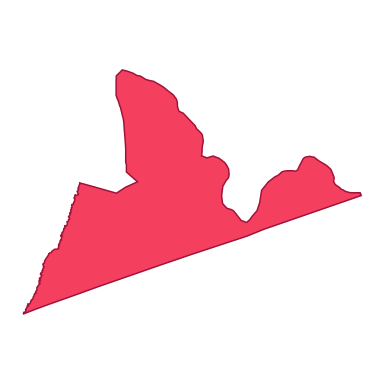 the district of Vubwi, Eastern, Zambia
{"feature_id": "96606910B99969900210710", "entity_name": "Vubwi", "entity_type": "district", "adm_level": 2, "iso_a3": "ZMB", "parent_name": "Zambia", "parent_adm1": "Eastern", "projection": "orthographic", "projection_center": [32.719, -13.993], "detail": "fine", "context": "isolated", "style": "filled", "palette": "rose", "viewbox_px": 384, "rotation_deg": 0, "n_neighbors": 0, "source": "geoboundaries", "source_scale": "gbopen_adm2", "svg_char_len": 5501}
<svg xmlns="http://www.w3.org/2000/svg" viewBox="0 0 384 384"><path d="M23.0,314.1L35.1,309.4L45.3,305.6L77.7,294.1L98.1,286.7L161.1,264.8L192.4,254.1L247.0,236.1L263.8,229.3L360.8,195.7L360.3,195.4L361.0,194.7L360.2,192.8L358.5,192.7L353.1,192.8L349.8,192.6L345.5,191.4L343.2,190.0L341.3,189.3L339.6,187.5L336.1,185.2L334.8,183.9L333.9,182.0L333.6,181.1L334.2,178.3L333.7,176.2L330.9,169.5L329.3,167.9L326.6,165.5L318.6,160.7L314.0,157.1L311.8,156.9L309.8,156.3L305.1,157.2L303.2,158.7L299.4,166.0L297.6,170.0L295.2,171.3L293.5,170.8L288.0,170.7L284.0,171.2L281.7,172.0L278.3,175.2L275.0,176.8L268.4,181.8L261.6,190.3L259.7,202.6L257.0,210.7L252.4,216.0L249.7,219.8L246.5,222.5L244.4,221.6L241.2,220.5L233.6,210.9L231.6,209.7L228.5,208.7L227.2,208.5L222.6,203.6L221.6,195.7L222.8,186.3L226.1,180.6L228.5,177.7L229.1,174.5L228.6,169.1L226.4,164.8L224.4,162.3L219.1,158.3L213.0,156.0L207.0,157.9L201.5,155.8L201.7,155.1L202.1,151.2L202.1,148.9L202.3,146.5L202.9,143.6L203.3,141.2L202.4,135.2L201.4,133.5L199.6,131.6L196.4,128.6L195.2,125.8L183.2,113.2L179.4,111.5L178.9,110.9L177.9,108.3L177.4,105.6L177.4,103.1L176.5,99.3L173.4,95.0L168.0,90.9L164.4,87.8L160.4,85.2L153.5,81.3L149.8,80.6L145.9,79.5L140.4,76.1L137.5,75.6L137.1,75.6L133.2,73.3L127.4,71.2L122.3,69.9L116.3,75.9L116.1,82.3L116.1,94.8L116.2,95.6L116.6,96.5L116.9,97.9L118.0,100.2L118.4,101.6L118.8,102.4L119.1,103.7L119.4,104.5L119.7,105.8L120.4,107.2L123.4,119.4L123.9,123.5L124.2,128.6L125.1,139.5L125.7,148.9L125.7,162.3L126.4,164.7L126.4,172.0L137.5,181.8L125.6,187.2L116.4,193.2L92.4,186.4L79.7,182.9L79.7,183.7L79.8,183.9L79.8,184.4L79.3,184.7L79.2,185.1L79.2,185.6L78.4,187.3L78.4,187.8L78.2,187.9L78.1,188.2L78.0,188.4L78.2,188.6L78.4,188.7L78.5,188.8L78.2,189.4L78.2,190.6L77.9,190.9L77.5,190.9L77.1,191.4L77.3,191.7L77.6,192.9L77.9,193.4L78.0,193.8L78.4,194.2L78.4,194.4L77.7,194.9L76.7,195.3L76.2,195.4L75.7,194.8L75.2,195.2L74.8,195.3L74.8,196.5L74.6,197.0L74.1,197.5L74.1,198.0L74.5,198.2L74.8,198.2L74.9,198.4L74.8,198.7L74.8,198.9L74.8,199.4L74.6,199.6L74.8,200.1L74.8,200.3L74.7,200.6L74.3,201.2L74.2,201.5L74.2,201.9L74.2,202.0L73.7,202.3L73.5,203.3L73.5,204.0L73.4,204.4L72.3,204.3L72.0,204.4L71.6,205.3L71.9,205.9L72.0,207.0L72.0,207.3L71.9,207.4L71.5,207.5L71.4,207.6L71.3,207.9L71.3,208.5L71.6,209.2L71.6,209.6L70.8,209.8L70.7,209.9L70.8,210.7L70.9,211.5L70.6,212.1L71.0,212.5L70.9,212.8L70.6,212.8L70.4,212.7L70.0,212.7L69.7,213.1L69.6,213.6L70.1,214.5L70.1,214.9L69.7,215.3L69.3,215.5L69.3,216.1L69.0,216.4L68.7,216.5L68.5,216.9L68.7,217.4L69.1,217.6L69.4,218.2L69.8,218.4L69.8,218.7L69.6,218.9L68.9,219.3L68.5,219.6L68.5,220.0L68.5,220.8L68.2,221.4L67.9,221.5L67.4,221.5L67.0,221.7L67.0,222.2L67.3,222.6L67.3,223.3L67.2,223.7L67.2,224.0L67.1,224.4L67.1,224.6L66.6,225.7L66.4,225.9L66.1,225.8L65.9,225.7L65.5,225.6L65.0,225.6L64.7,225.8L64.8,226.9L64.9,227.5L65.0,227.8L65.0,228.0L64.4,228.1L63.8,228.6L63.6,229.7L63.7,230.5L63.1,231.5L62.1,232.5L62.3,232.8L62.4,232.6L62.6,232.6L62.7,232.8L62.1,233.4L61.2,234.9L60.9,235.2L60.9,235.7L60.7,236.0L60.8,236.2L61.1,236.3L61.5,236.0L61.9,235.7L62.1,235.6L62.2,236.0L61.7,237.2L61.5,237.5L61.5,238.1L61.3,238.9L61.0,239.4L61.1,239.6L61.4,239.6L61.5,239.7L61.4,240.2L61.2,240.4L60.4,240.3L60.2,240.6L60.0,241.3L60.2,242.2L60.2,242.5L59.5,243.0L59.5,243.7L59.4,244.0L59.1,244.1L58.9,244.1L58.6,244.3L58.6,245.7L58.7,245.9L58.9,245.9L59.1,246.0L58.9,246.2L58.7,246.7L58.5,246.9L58.3,247.4L58.4,248.0L58.6,248.1L58.6,248.3L58.3,248.7L57.8,248.8L57.7,248.9L57.3,249.1L56.5,249.2L56.0,249.1L54.7,249.3L54.4,249.4L53.2,250.3L52.7,250.8L51.8,251.3L51.4,252.3L51.1,252.7L49.8,252.9L48.8,253.7L48.7,254.0L48.7,254.3L48.6,254.7L48.2,255.4L47.7,256.1L47.6,256.5L47.2,256.8L46.5,257.8L46.1,258.5L44.7,260.7L44.6,261.0L44.6,261.6L44.5,262.3L44.6,262.7L44.5,262.9L44.1,263.0L43.9,263.3L43.7,263.4L43.3,263.5L43.1,264.0L43.2,264.4L42.9,264.6L43.0,264.9L43.3,265.3L43.5,265.9L43.4,266.3L43.4,266.6L43.6,266.7L44.0,266.7L44.1,266.8L44.1,267.1L43.6,267.6L42.9,268.6L42.8,269.0L43.0,269.6L43.1,270.1L42.8,270.2L42.7,270.1L42.0,270.7L42.0,271.1L42.4,271.7L42.4,272.1L42.0,272.3L41.4,272.8L40.8,273.0L40.7,273.1L40.7,273.6L40.5,273.9L40.4,274.1L40.6,274.5L41.1,274.6L41.5,274.6L41.8,275.3L41.6,275.6L41.3,275.7L41.4,276.1L41.2,276.6L41.1,276.8L41.0,277.5L40.4,277.8L40.4,278.2L39.9,278.1L39.7,278.0L39.4,278.4L39.6,278.9L39.5,279.1L39.7,279.5L40.1,279.4L40.2,279.6L40.0,280.0L40.2,280.6L39.5,280.4L39.1,280.6L39.0,280.8L39.3,282.1L39.4,282.3L39.6,282.7L39.8,282.8L39.8,283.1L39.4,283.1L39.6,283.4L39.6,283.7L39.3,283.8L39.3,284.2L39.5,284.2L39.4,284.3L39.1,284.2L39.0,284.3L38.7,285.0L37.7,286.4L37.4,286.7L37.3,286.9L37.4,287.2L36.9,287.6L37.0,288.0L36.8,289.7L36.7,290.1L36.5,290.8L36.3,290.9L36.0,291.1L35.9,291.4L35.6,291.8L35.6,292.1L35.9,292.5L35.9,293.3L35.6,293.4L35.6,293.2L35.4,293.2L35.2,293.3L35.0,293.7L34.7,293.7L34.5,293.9L34.2,294.5L34.1,295.7L33.6,296.3L33.2,297.1L33.1,298.2L32.8,298.9L32.2,299.3L31.8,299.8L31.2,300.2L31.2,300.5L31.4,300.8L31.4,301.0L30.8,301.2L30.7,301.5L30.7,302.1L30.2,302.9L30.2,303.2L29.9,303.4L29.7,303.8L29.4,304.0L27.9,303.9L27.8,304.0L28.0,304.3L28.4,304.4L28.2,304.8L28.3,305.0L28.5,305.1L28.6,305.4L28.4,305.8L28.2,306.1L27.8,306.1L27.4,305.8L27.3,306.2L27.6,306.4L27.5,306.7L26.7,307.5L26.4,308.5L25.6,309.4L25.6,309.7L26.1,309.9L26.0,310.7L25.7,310.9L25.5,311.5L25.2,311.8L25.1,312.1L24.0,312.2L23.7,312.4L23.7,312.5L23.7,313.1L24.0,313.2L24.0,313.3L23.4,313.8L23.2,313.9L23.0,314.1Z" fill="#f43f5e" stroke="#9f1239" stroke-width="1.5"/></svg>